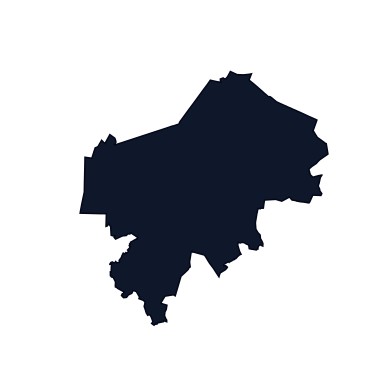 outline of Pāles pag., Limbaži, Latvia, rotated 305°
{"feature_id": "27541924B47846547362039", "entity_name": "Pāles pag.", "entity_type": "district", "adm_level": 2, "iso_a3": "LVA", "parent_name": "Latvia", "parent_adm1": "Limbaži", "projection": "albers", "projection_center": [24.703, 57.696], "detail": "fine", "context": "isolated", "style": "filled", "palette": "ink", "viewbox_px": 384, "rotation_deg": 305, "n_neighbors": 0, "source": "geoboundaries", "source_scale": "gbopen_adm2", "svg_char_len": 5732}
<svg xmlns="http://www.w3.org/2000/svg" viewBox="0 0 384 384"><g transform="rotate(305 192 192)"><path d="M97.3,237.8L112.2,232.8L116.7,231.3L121.6,232.4L126.2,233.3L127.9,233.0L129.2,233.4L129.6,233.5L133.2,230.2L142.0,225.9L143.5,226.0L143.2,226.7L143.3,226.7L147.5,238.4L146.4,241.2L145.4,243.4L143.7,247.4L142.6,250.8L141.9,253.0L138.9,260.4L138.0,262.7L140.3,261.9L141.9,261.5L147.1,263.8L147.3,263.8L147.6,263.9L147.8,264.0L148.0,264.1L148.6,264.0L148.8,264.0L149.7,264.2L150.3,264.2L150.6,264.2L150.8,264.0L150.8,263.8L150.8,263.6L150.7,262.9L150.9,262.4L151.0,262.1L150.9,261.9L150.8,261.5L150.7,261.4L150.5,261.2L150.1,260.9L149.8,260.6L149.8,260.3L149.9,260.1L150.1,259.9L150.3,259.7L150.7,259.7L150.9,259.6L151.0,259.6L155.7,261.7L155.6,262.7L155.8,262.7L156.1,262.6L156.4,262.9L156.9,263.1L157.1,263.4L159.0,264.3L159.5,264.5L160.6,265.0L161.0,265.4L161.2,265.2L161.8,264.9L162.0,265.4L162.4,266.0L162.8,266.1L164.1,266.3L165.2,266.4L166.1,266.6L167.8,267.0L169.1,267.9L170.4,265.4L172.7,262.4L173.4,261.6L173.7,261.2L174.5,260.2L174.8,259.9L177.0,258.7L177.0,258.8L178.1,261.0L178.4,261.2L179.1,261.4L179.3,261.7L179.6,262.3L180.3,263.5L180.4,263.9L180.5,265.6L180.7,267.0L181.0,268.4L181.1,268.8L179.4,270.5L178.4,271.4L179.2,273.3L180.2,275.2L180.5,275.9L181.4,277.9L181.7,278.1L181.8,278.1L182.7,278.1L183.0,278.7L184.4,277.9L185.4,277.6L187.4,277.7L187.6,277.8L187.7,278.0L187.8,278.1L188.0,279.3L188.2,280.5L188.3,281.0L190.5,279.6L190.6,279.4L191.5,278.0L191.8,277.5L193.1,274.8L195.2,273.0L195.8,272.5L195.9,272.3L196.5,269.3L198.2,265.6L202.6,262.0L203.5,261.4L204.9,260.7L209.1,258.7L211.4,257.6L212.1,257.3L212.7,257.1L216.1,255.6L217.1,256.9L217.3,257.2L217.4,257.3L217.5,257.5L217.8,257.3L219.7,259.7L224.7,257.1L227.0,256.0L228.2,257.5L234.0,264.8L236.0,270.8L240.5,273.1L243.8,274.7L242.8,278.5L244.7,282.4L244.5,282.6L245.9,285.7L246.7,287.3L247.9,289.4L248.3,290.2L249.6,293.0L250.2,294.1L251.6,294.1L258.7,292.7L260.7,295.8L261.8,297.5L263.1,299.6L264.8,299.2L265.0,299.3L265.2,299.0L265.4,298.6L265.5,298.3L266.2,296.2L266.4,296.0L267.4,295.0L267.6,294.8L267.8,294.5L268.6,293.0L268.8,292.7L269.2,292.3L270.0,291.5L271.5,291.3L277.2,288.9L277.7,288.8L280.3,288.7L280.2,288.4L279.3,287.6L277.5,285.9L273.3,282.4L273.7,281.2L273.7,280.8L274.0,279.2L274.4,278.6L274.5,278.4L276.7,275.8L277.2,275.2L277.6,274.8L277.8,274.7L279.6,275.0L282.3,275.7L282.4,275.8L283.9,276.4L284.1,276.4L286.6,277.4L289.1,277.7L291.5,278.1L294.8,279.3L295.9,279.7L301.0,281.6L302.1,280.6L306.8,276.0L308.6,274.2L308.4,273.8L308.4,273.1L308.5,270.9L308.6,263.4L309.4,261.4L311.5,256.6L311.1,256.4L311.0,256.2L311.8,256.0L322.4,253.1L322.6,253.0L322.4,251.8L321.4,246.6L321.2,245.7L320.9,244.5L320.9,244.2L319.3,235.2L318.9,233.3L318.8,233.0L318.7,232.8L318.8,232.8L318.3,230.0L317.8,227.8L317.1,223.8L317.0,223.7L316.5,221.1L315.0,213.2L314.4,209.9L314.4,209.6L314.4,208.6L314.8,204.0L314.9,201.9L314.9,201.7L314.8,201.4L314.8,201.2L314.0,200.0L314.0,199.8L313.9,199.3L314.3,196.3L314.5,193.7L314.6,193.4L315.8,182.3L316.2,177.3L316.2,176.9L316.4,174.6L316.5,174.5L317.6,174.2L322.9,172.9L321.0,171.1L317.4,166.9L315.8,164.4L314.9,163.0L314.0,161.6L312.7,154.3L310.7,154.6L306.5,155.0L304.2,154.7L303.3,153.8L303.3,152.1L300.8,150.4L298.3,152.5L296.8,149.4L295.1,145.4L294.1,142.9L288.2,142.9L283.3,142.7L267.8,142.4L260.2,142.2L257.3,142.1L241.8,141.8L241.4,142.4L241.3,142.5L240.4,142.2L240.1,142.2L239.5,141.8L235.3,138.7L235.1,138.5L235.0,138.4L234.9,138.2L229.7,134.4L195.7,108.9L193.4,107.2L186.4,101.9L186.3,101.4L189.2,101.1L190.5,99.8L191.2,98.8L191.8,97.9L191.9,91.8L181.7,92.9L182.3,89.5L182.5,88.3L180.7,88.5L178.6,88.6L177.0,88.8L175.8,88.9L175.1,88.9L174.7,88.7L174.0,88.3L173.0,87.6L172.7,87.4L168.2,88.7L167.7,88.9L162.2,90.6L159.1,84.4L154.4,87.6L138.5,98.2L130.2,103.8L119.7,108.3L113.9,110.9L110.5,112.5L115.1,119.4L121.0,128.3L125.1,134.3L123.6,135.3L120.1,137.6L119.3,138.2L118.3,138.8L114.5,141.3L115.4,142.0L116.9,142.1L117.6,141.9L118.4,142.0L118.0,142.5L117.9,142.8L117.3,144.4L117.0,145.1L116.7,145.5L110.3,150.5L110.2,150.6L110.4,151.5L110.6,152.0L110.9,152.7L111.2,153.4L111.7,154.1L110.2,154.2L109.6,156.4L112.9,158.3L114.3,159.1L116.4,160.4L118.6,163.1L119.0,163.2L120.2,163.3L120.5,163.4L120.9,163.6L121.0,163.7L121.3,164.1L121.7,164.7L121.9,165.2L122.7,165.1L123.2,165.2L123.4,165.6L123.6,165.8L123.5,167.0L123.6,170.3L123.6,172.7L123.9,173.1L122.6,174.1L122.1,174.1L122.1,173.6L121.6,173.3L121.3,173.6L120.8,173.2L120.3,172.7L119.0,172.1L117.6,171.5L115.7,170.5L115.3,170.8L113.8,170.7L113.7,171.4L112.3,171.2L111.7,172.7L111.3,172.5L111.1,173.1L107.5,172.5L107.1,174.2L104.3,173.5L104.4,172.6L102.9,172.6L102.5,170.7L98.8,171.3L98.1,171.9L96.8,171.6L94.1,171.6L93.5,172.8L92.3,172.4L90.8,170.9L91.3,169.4L90.2,169.4L89.2,168.7L89.0,166.8L87.7,166.0L86.1,166.0L85.7,166.2L86.8,167.4L80.3,171.5L79.7,170.9L77.7,172.5L77.4,172.5L76.6,173.3L76.7,173.8L76.4,174.2L76.2,174.6L76.8,176.5L74.7,180.6L73.8,181.4L72.4,182.2L71.3,182.9L70.3,183.7L70.7,185.4L70.4,186.1L71.2,193.8L69.4,193.9L68.7,193.3L66.8,193.6L66.5,194.8L66.2,196.3L66.2,196.6L68.1,198.8L69.7,198.9L71.1,198.9L74.5,200.8L76.6,200.4L77.5,200.1L78.0,201.6L78.5,203.5L77.6,205.5L76.8,207.1L76.1,208.7L76.1,209.1L75.3,209.4L74.2,209.7L75.4,214.4L74.8,216.8L70.8,218.5L69.9,219.7L69.2,220.8L68.6,221.5L66.8,223.8L65.6,226.4L67.1,227.4L66.8,229.2L66.0,230.6L63.4,234.3L63.2,234.4L61.2,234.3L61.1,235.9L61.1,236.6L61.1,237.2L61.1,237.3L61.9,237.3L64.1,239.2L64.8,238.7L68.1,241.8L69.4,243.0L70.2,242.5L70.3,242.5L71.2,245.7L72.5,244.8L73.2,243.1L74.7,240.8L74.8,240.5L78.1,238.7L78.3,238.6L80.9,238.3L84.9,236.4L83.9,233.4L82.9,230.2L85.4,230.0L91.2,229.6L97.2,235.8L97.3,237.8Z" fill="#0f172a" stroke="#020617" stroke-width="1.5"/></g></svg>